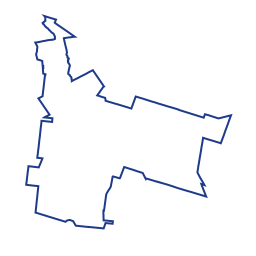 Tercero Arriba, Córdoba, Argentina, rotated 276°
{"feature_id": "61730980B38611506941533", "entity_name": "Tercero Arriba", "entity_type": "district", "adm_level": 2, "iso_a3": "ARG", "parent_name": "Argentina", "parent_adm1": "Córdoba", "projection": "equal_earth", "projection_center": [-63.538, -32.374], "detail": "fine", "context": "isolated", "style": "outline", "palette": "blue", "viewbox_px": 256, "rotation_deg": 276, "n_neighbors": 0, "source": "geoboundaries", "source_scale": "gbopen_adm2", "svg_char_len": 5340}
<svg xmlns="http://www.w3.org/2000/svg" viewBox="0 0 256 256"><g transform="rotate(276 128 128)"><path d="M151.4,229.1L147.0,217.1L147.1,216.5L148.1,211.5L149.2,206.5L149.7,203.1L146.2,202.2L147.5,195.7L150.1,182.7L151.0,178.3L151.3,176.7L151.6,176.4L152.9,169.6L153.5,166.0L154.0,163.6L154.9,159.0L155.5,155.5L156.2,152.5L156.8,149.0L157.7,144.7L158.0,143.1L158.5,141.0L158.7,139.9L159.0,138.3L159.3,136.7L160.1,132.4L147.7,129.3L148.6,124.9L150.0,117.6L150.4,115.6L150.8,113.1L152.2,105.5L152.7,102.9L154.8,102.4L155.6,102.1L156.2,98.7L157.1,94.8L157.2,94.0L158.3,94.6L159.3,95.2L160.5,95.9L161.9,96.6L163.2,97.4L164.6,98.2L166.7,99.4L166.8,99.7L170.5,96.6L174.4,93.3L181.8,87.0L179.1,82.8L177.5,80.6L176.5,79.0L175.8,78.0L174.9,76.5L173.9,75.0L172.6,73.1L170.2,69.3L169.7,68.6L168.8,67.3L169.4,67.3L169.7,67.2L170.0,66.9L170.3,67.0L170.7,66.8L171.0,66.8L171.2,66.7L171.7,66.5L172.1,66.5L172.6,66.3L172.9,66.0L173.2,65.4L173.4,65.3L173.9,65.0L174.1,64.8L174.3,64.7L174.6,64.5L174.8,64.2L174.9,63.8L175.4,63.0L175.7,62.9L176.0,62.9L176.7,62.9L177.2,62.8L177.9,62.9L178.5,63.1L179.0,63.1L179.6,63.0L180.0,63.1L180.5,63.2L181.1,63.3L181.6,63.3L182.2,63.4L182.6,63.5L182.8,63.5L183.4,63.6L183.6,63.7L183.9,63.7L184.3,63.6L184.5,63.4L184.8,63.3L185.0,63.2L185.4,62.8L185.7,62.7L186.0,62.5L186.1,62.3L186.3,62.1L186.4,61.9L186.6,61.7L186.9,61.6L187.1,61.5L187.3,61.5L187.6,61.4L187.8,61.4L188.0,61.6L188.3,61.6L188.6,61.3L188.6,61.2L188.8,61.1L189.1,61.2L189.3,61.2L189.6,61.2L189.8,61.3L189.9,61.5L190.0,61.6L190.1,61.8L190.3,61.9L190.5,61.9L190.8,61.7L191.1,61.7L191.2,61.3L191.3,61.1L191.4,60.9L191.5,60.8L191.7,60.7L191.8,60.7L192.0,60.6L192.0,60.4L192.5,60.4L192.8,60.4L193.0,60.4L193.3,60.1L193.7,59.7L193.9,59.5L194.1,59.3L194.3,59.2L194.5,59.2L194.9,59.1L195.1,59.1L195.3,59.2L195.6,59.3L195.8,59.3L196.2,59.3L196.5,59.4L196.8,59.4L197.2,59.3L197.4,59.2L197.9,59.1L199.5,58.6L203.4,57.2L205.6,56.4L206.1,56.3L208.3,55.5L210.6,54.8L210.8,55.4L211.0,56.2L211.3,57.5L211.8,59.3L212.0,60.3L212.5,62.5L212.9,63.9L213.2,65.5L213.9,64.2L214.4,63.4L215.1,62.1L216.5,59.6L219.2,54.7L220.8,51.7L221.5,50.5L222.2,49.1L224.6,44.8L225.1,44.1L228.3,45.1L228.7,42.9L229.6,38.1L230.6,33.1L230.0,33.7L229.4,34.1L228.8,34.2L228.2,34.3L227.5,34.4L226.9,34.5L226.5,34.6L225.9,34.6L225.7,34.1L225.4,34.0L225.2,33.8L224.9,33.6L224.8,33.3L224.5,33.1L224.2,32.8L224.0,32.6L223.8,32.3L223.6,32.1L223.2,32.2L223.0,32.4L222.8,32.5L222.7,32.9L222.5,33.1L222.3,33.2L222.2,33.6L221.8,33.9L221.5,34.1L221.3,34.3L221.0,34.5L220.8,34.7L220.5,35.0L220.3,35.3L220.2,35.5L219.9,35.7L219.9,35.9L219.7,36.1L219.5,36.3L219.3,36.7L219.1,37.0L218.8,37.5L218.6,38.0L218.3,38.3L218.1,38.5L217.8,38.7L217.6,38.9L217.5,39.0L217.3,39.2L217.1,39.5L216.9,39.9L216.6,40.3L216.0,40.9L215.8,41.1L214.9,42.3L214.8,42.5L214.4,43.4L214.3,43.6L214.2,43.7L214.0,44.0L213.8,44.2L213.5,44.4L213.2,44.5L212.7,44.9L212.4,45.0L212.1,45.3L211.7,45.5L211.4,45.7L210.9,45.8L210.6,45.8L210.3,45.9L209.5,46.0L209.2,46.1L208.9,46.0L208.8,45.7L208.6,45.4L208.4,45.1L208.3,44.8L208.1,44.6L208.0,44.2L208.0,43.9L207.9,43.7L207.9,43.2L207.7,42.8L207.7,42.6L207.7,42.4L207.6,42.2L207.6,41.8L207.4,41.2L207.3,40.7L207.2,40.1L207.1,39.7L207.1,39.3L206.7,38.5L206.4,37.7L206.4,37.3L206.1,36.6L205.9,36.0L205.9,35.6L205.7,35.1L205.6,34.7L205.5,34.4L204.1,30.2L203.3,26.9L201.7,27.9L199.5,29.4L198.7,29.4L197.4,29.4L196.6,29.3L194.8,29.5L193.4,29.2L191.6,28.9L189.2,29.8L186.7,30.7L186.5,31.9L186.2,33.6L185.7,35.7L180.9,36.6L180.9,37.2L178.8,37.5L178.8,37.0L173.2,38.0L172.8,40.3L171.5,40.2L171.4,39.9L158.6,39.8L152.8,39.7L150.6,39.7L148.9,37.1L148.1,35.8L146.2,37.4L143.4,39.8L141.6,41.3L137.6,44.7L133.0,48.6L131.6,46.5L130.3,44.3L129.8,43.7L129.8,51.8L126.1,51.9L126.1,41.2L124.7,41.3L118.3,41.2L116.7,41.2L109.3,41.2L107.7,41.1L102.2,41.1L98.7,41.1L96.9,41.0L93.6,41.0L90.1,40.9L88.9,40.9L88.9,45.0L88.8,46.1L84.9,45.0L81.7,44.0L79.5,43.4L79.5,41.6L79.6,35.7L79.6,33.0L77.3,33.0L74.7,32.9L65.6,32.8L60.9,32.7L60.8,35.8L60.9,36.6L60.8,37.9L60.8,44.9L48.6,44.9L48.3,44.9L39.4,44.9L34.2,44.9L30.9,61.8L28.2,75.7L28.9,76.3L29.3,76.7L29.5,77.0L29.9,77.8L30.5,79.6L29.6,83.2L25.4,86.3L25.4,90.7L25.4,99.1L25.5,99.1L25.6,114.3L27.7,114.8L31.1,115.6L31.2,122.7L33.7,122.7L33.6,113.4L35.8,113.1L38.9,112.7L40.9,112.4L43.2,112.2L43.2,112.7L44.8,112.8L46.2,112.9L47.5,112.9L48.0,112.9L53.2,113.1L56.7,113.2L58.9,113.3L60.1,113.4L61.4,113.9L65.1,115.7L66.0,116.2L67.4,116.8L67.6,116.9L67.9,117.0L69.3,117.1L71.6,117.3L72.8,117.4L76.3,117.7L77.6,117.7L78.3,118.2L77.8,120.8L77.6,122.1L77.1,125.0L77.4,125.3L79.4,125.8L87.7,128.0L88.8,128.3L87.8,133.1L86.9,137.6L86.0,141.4L85.1,146.0L84.8,147.1L84.8,147.3L81.8,149.3L80.4,150.2L79.9,150.5L79.1,151.1L79.7,151.4L79.0,155.3L78.2,159.3L77.8,161.3L77.3,164.3L77.4,164.2L76.5,169.1L75.8,173.1L74.6,178.8L73.5,183.6L72.3,189.9L71.7,193.1L71.0,197.2L68.0,212.9L70.1,211.8L77.8,207.8L79.9,206.8L79.2,210.0L82.4,207.7L86.5,204.7L91.0,201.7L94.1,201.8L95.3,201.9L97.2,201.9L99.0,202.1L100.9,202.2L102.6,202.3L106.1,202.5L107.9,202.6L109.9,202.8L111.1,202.8L113.4,203.0L114.6,203.0L119.3,203.3L121.6,203.5L122.5,203.5L124.1,203.6L126.1,203.7L125.6,206.1L124.5,211.8L124.3,213.0L123.6,216.6L122.8,220.7L122.5,221.9L127.6,223.2L131.4,224.2L135.1,225.0L138.9,226.0L142.0,226.8L145.4,227.6L148.3,228.3L150.2,228.8L151.4,229.1Z" fill="none" stroke="#1e3a8a" stroke-width="2"/></g></svg>